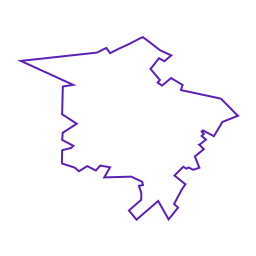 the district of Gweru Urban, Midlands, Zimbabwe, rotated 92°
{"feature_id": "62879985B64547719639207", "entity_name": "Gweru Urban", "entity_type": "district", "adm_level": 2, "iso_a3": "ZWE", "parent_name": "Zimbabwe", "parent_adm1": "Midlands", "projection": "equal_earth", "projection_center": [29.828, -19.456], "detail": "fine", "context": "isolated", "style": "outline", "palette": "violet", "viewbox_px": 256, "rotation_deg": 92, "n_neighbors": 0, "source": "geoboundaries", "source_scale": "gbopen_adm2", "svg_char_len": 1125}
<svg xmlns="http://www.w3.org/2000/svg" viewBox="0 0 256 256"><g transform="rotate(92 128 128)"><path d="M111.9,18.5L111.0,19.6L110.9,19.8L95.1,36.5L95.4,36.4L88.4,75.7L88.2,76.4L87.0,76.1L83.1,74.9L76.6,86.7L84.4,95.5L81.6,100.0L78.9,97.8L68.2,107.6L62.3,103.2L57.2,99.5L60.0,94.0L53.9,87.3L49.3,98.5L41.6,109.2L36.7,116.3L37.5,118.3L44.0,129.8L49.0,139.7L49.5,140.7L53.8,148.6L48.8,152.4L49.1,153.1L53.7,161.6L64.7,237.5L86.8,184.3L88.8,194.6L116.6,194.3L125.5,179.4L128.1,183.1L135.1,193.1L142.2,193.4L147.7,182.0L150.0,184.3L152.5,193.0L163.8,192.9L165.8,192.6L168.8,182.1L169.5,179.8L173.0,175.5L167.5,167.5L171.6,158.7L170.3,157.6L166.5,154.4L167.9,144.6L178.2,150.0L176.5,123.1L181.3,111.9L184.5,111.1L185.4,115.1L192.6,112.4L199.3,112.3L210.4,124.2L219.3,116.3L199.9,95.3L217.9,84.2L205.8,75.2L202.3,79.3L187.8,72.2L182.2,68.7L173.9,79.9L173.1,79.2L164.8,71.4L166.6,68.2L165.3,66.0L167.5,61.4L165.2,55.3L154.1,60.2L146.5,51.5L146.2,51.9L142.2,56.2L142.1,55.8L136.9,49.7L133.4,54.1L131.3,52.0L128.9,54.2L127.8,53.0L133.2,41.9L121.0,35.1L118.6,33.9L111.9,18.5Z" fill="none" stroke="#5b21b6" stroke-width="2"/></g></svg>